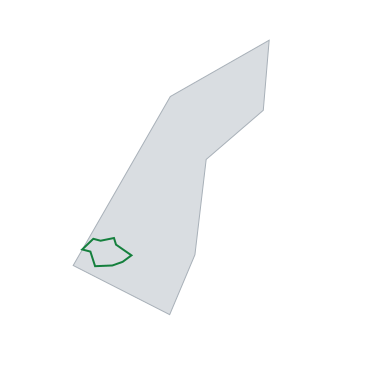 location of Anse Etoile within Seychelles, rotated 242°
{"feature_id": "SYC-5200", "entity_name": "Anse Etoile", "entity_type": "state/province", "adm_level": 1, "iso_a3": "SYC", "parent_name": "Seychelles", "parent_adm1": "", "projection": "orthographic", "projection_center": [55.454, -4.588], "detail": "fine", "context": "in_parent", "style": "outline", "palette": "green", "viewbox_px": 384, "rotation_deg": 242, "n_neighbors": 0, "source": "natural_earth", "source_scale": "10m", "svg_char_len": 446}
<svg xmlns="http://www.w3.org/2000/svg" viewBox="0 0 384 384"><g transform="rotate(242 192 192)"><path d="M286.5,217.7L289.8,331.4L230.7,293.3L214.1,219.8L135.2,165.1L94.2,114.7L182.9,52.6L286.5,217.7Z" fill="#d9dde1" stroke="#a8b0b8" stroke-width="1"/><path d="M192.8,68.1L197.0,82.9L191.9,88.4L188.0,101.5L181.2,100.2L164.5,108.8L162.9,98.0L164.5,87.2L172.0,71.6L187.1,74.3L192.8,68.1Z" fill="none" stroke="#15803d" stroke-width="2"/></g></svg>